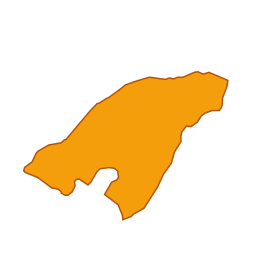 San Miguel Panán, Suchitepéquez, Guatemala (Natural Earth projection), rotated 208°
{"feature_id": "79465075B30152308361282", "entity_name": "San Miguel Panán", "entity_type": "district", "adm_level": 2, "iso_a3": "GTM", "parent_name": "Guatemala", "parent_adm1": "Suchitepéquez", "projection": "natural_earth1", "projection_center": [-91.36, 14.503], "detail": "fine", "context": "isolated", "style": "filled", "palette": "amber", "viewbox_px": 256, "rotation_deg": 208, "n_neighbors": 0, "source": "geoboundaries", "source_scale": "gbopen_adm2", "svg_char_len": 1036}
<svg xmlns="http://www.w3.org/2000/svg" viewBox="0 0 256 256"><g transform="rotate(208 128 128)"><path d="M89.5,44.6L83.6,51.5L82.6,54.7L76.2,64.7L74.2,89.9L75.0,104.0L73.2,117.1L75.7,128.7L74.8,140.9L77.4,145.3L78.6,149.9L77.3,157.3L73.0,158.7L69.5,166.0L69.0,173.0L67.0,177.3L62.1,182.7L55.6,186.4L55.2,189.1L55.7,192.6L58.7,199.2L60.1,211.0L62.2,216.9L66.4,216.6L82.6,215.1L87.0,210.8L92.5,210.5L95.2,208.8L103.1,198.8L108.4,195.8L110.7,192.7L114.8,191.7L118.0,188.4L133.0,182.9L144.0,172.0L150.4,164.9L153.0,158.9L159.4,145.8L160.7,144.3L165.1,136.4L166.7,135.1L169.4,125.7L177.4,88.6L178.6,87.7L180.1,83.5L190.0,75.8L196.4,65.6L197.2,62.9L196.8,53.1L200.8,44.5L199.9,41.2L197.7,40.5L184.1,41.9L167.1,39.3L161.2,41.2L157.6,40.6L156.2,39.2L151.8,39.1L149.3,40.7L147.2,45.7L147.6,52.1L150.0,55.3L149.6,58.1L147.2,60.0L136.6,58.9L135.4,62.8L134.9,74.8L133.4,79.0L126.2,84.1L121.2,86.0L117.0,85.3L113.2,79.9L113.5,77.0L117.0,72.3L117.5,58.3L100.6,55.6L91.7,48.0L89.5,44.6Z" fill="#f59e0b" stroke="#b45309" stroke-width="1.5"/></g></svg>